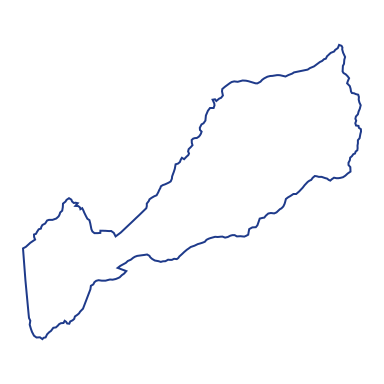 the district of João Lisboa, Maranhão, Brazil
{"feature_id": "56859067B36370220968900", "entity_name": "João Lisboa", "entity_type": "district", "adm_level": 2, "iso_a3": "BRA", "parent_name": "Brazil", "parent_adm1": "Maranhão", "projection": "mercator", "projection_center": [-47.137, -5.24], "detail": "fine", "context": "isolated", "style": "outline", "palette": "blue", "viewbox_px": 384, "rotation_deg": 0, "n_neighbors": 0, "source": "geoboundaries", "source_scale": "gbopen_adm2", "svg_char_len": 4433}
<svg xmlns="http://www.w3.org/2000/svg" viewBox="0 0 384 384"><path d="M200.9,133.7L199.9,135.4L198.8,136.7L196.8,138.0L194.9,138.1L193.2,138.6L191.7,140.0L191.8,142.8L192.5,145.2L190.6,147.3L188.7,149.1L188.1,151.4L189.0,153.5L188.3,155.1L186.7,156.5L184.1,159.2L181.9,157.8L180.8,159.6L179.9,162.0L178.0,163.6L175.6,164.3L174.8,168.8L173.7,172.2L173.0,174.0L172.1,176.5L171.9,178.7L170.7,181.4L168.8,182.6L166.9,183.5L164.9,184.4L162.8,185.1L160.9,186.3L160.3,188.1L159.2,190.1L158.2,192.4L156.6,195.3L154.2,196.3L151.6,197.8L149.5,199.3L148.8,201.0L146.8,203.6L146.8,206.1L146.3,208.2L139.0,215.3L135.9,218.2L133.2,220.8L120.7,232.6L115.6,236.4L113.8,232.9L111.2,231.0L109.4,231.1L105.2,230.8L100.4,230.7L100.3,232.9L98.1,233.1L94.4,233.1L92.4,231.5L91.4,229.2L90.3,223.6L89.4,220.1L87.4,218.8L86.0,216.2L84.2,212.5L83.3,210.3L82.2,208.2L80.4,209.2L80.0,207.5L78.3,206.1L75.4,205.9L77.7,203.2L75.5,202.7L73.8,203.0L72.1,201.5L71.3,199.6L69.0,198.2L66.5,199.9L65.5,201.6L63.0,203.6L62.8,207.2L62.2,210.7L60.2,212.5L59.5,214.7L58.6,216.4L56.3,218.5L52.4,219.9L48.9,219.9L47.1,220.5L45.2,223.5L42.4,225.0L41.3,226.9L40.9,228.6L38.7,229.3L37.0,231.9L36.0,233.8L34.0,234.5L34.1,237.0L35.1,239.6L33.4,240.7L30.3,242.8L29.0,244.0L25.8,246.9L23.0,248.4L25.4,280.0L28.1,308.8L28.7,315.1L29.0,318.0L30.3,320.7L29.7,324.7L30.9,328.8L32.0,331.9L32.9,333.6L34.0,335.7L36.5,337.5L39.9,337.3L42.4,339.1L43.6,337.8L45.6,337.4L47.1,334.3L49.2,332.2L51.0,330.9L53.3,327.8L55.9,327.4L57.8,325.7L59.1,324.2L60.9,323.2L63.5,323.0L64.7,320.8L66.1,321.8L67.2,323.5L69.3,323.7L70.2,321.5L72.6,320.3L74.2,318.9L74.9,316.5L77.5,314.7L79.1,313.3L80.0,311.8L81.6,310.1L83.0,308.7L90.4,289.3L90.9,285.8L93.3,284.4L94.4,282.2L96.2,280.8L98.6,280.2L102.0,280.7L105.4,280.7L108.0,280.0L110.0,279.5L112.6,279.7L115.8,279.0L118.0,278.1L119.7,277.3L121.8,275.2L124.1,273.6L126.3,271.1L117.7,267.9L120.3,265.9L123.2,264.3L125.8,262.9L127.8,261.0L130.8,259.7L133.3,257.7L135.0,256.7L137.2,255.9L141.5,255.3L143.9,255.0L147.1,254.5L149.4,255.8L150.3,257.3L152.1,258.9L154.8,260.5L158.6,261.2L160.8,261.9L162.9,261.3L165.4,261.2L168.1,259.7L170.0,259.9L171.8,259.9L174.1,258.8L176.8,259.1L178.3,258.0L179.3,256.5L182.1,254.0L184.2,252.0L186.9,249.7L188.4,248.7L190.7,247.0L194.5,245.7L197.8,244.1L200.3,243.4L202.5,242.7L204.8,241.8L206.5,239.8L208.7,238.7L210.4,238.1L215.1,236.8L217.8,237.0L220.5,236.7L222.4,236.6L225.1,237.6L227.8,237.0L230.3,235.7L232.5,235.1L234.6,235.1L236.9,236.4L240.4,236.2L244.3,236.6L246.2,235.8L248.2,234.7L248.7,231.8L249.2,229.1L252.3,227.4L255.8,227.2L257.4,225.3L258.7,221.6L259.7,218.6L262.5,217.9L264.3,217.6L265.9,215.6L268.3,213.5L270.9,213.0L274.2,213.4L276.5,212.4L279.9,209.2L281.4,208.4L283.3,206.5L284.6,203.8L285.3,201.4L285.9,199.0L288.1,197.3L290.4,196.0L293.4,194.0L296.2,194.0L297.7,192.7L299.2,191.4L300.7,189.8L302.7,187.7L304.6,185.2L307.7,181.9L309.4,180.7L311.2,179.9L312.7,177.8L314.8,176.0L316.9,176.3L318.9,176.9L321.7,176.9L325.2,178.1L327.1,178.6L328.7,179.9L330.3,180.6L331.7,179.3L334.0,177.7L336.5,178.2L338.3,178.2L340.3,177.9L343.0,177.2L345.3,175.7L347.7,173.5L350.5,171.6L350.4,169.0L350.3,167.1L348.5,165.0L348.5,162.7L349.8,160.3L350.2,157.6L351.9,156.2L353.3,154.2L355.0,153.5L355.7,151.5L357.3,150.3L357.6,148.2L357.5,145.6L357.9,143.3L357.9,140.2L359.6,138.2L360.4,133.8L361.0,131.6L360.9,129.2L358.9,127.8L358.5,125.9L356.0,125.5L355.3,123.2L356.2,120.7L355.4,118.8L355.9,116.5L357.9,114.3L358.6,111.5L359.8,108.8L360.7,105.2L359.4,102.5L358.7,99.6L358.9,97.0L358.2,94.7L355.8,94.1L354.1,93.3L351.9,93.0L351.0,91.5L350.6,88.8L349.8,86.1L347.1,83.3L347.8,81.2L349.1,78.2L347.6,76.2L345.7,74.3L343.6,73.1L342.6,71.5L342.9,65.9L344.0,63.8L344.3,59.7L345.1,57.0L343.1,52.7L342.2,49.4L342.4,47.4L341.5,45.8L339.1,44.9L337.8,48.1L335.2,49.9L334.1,51.5L330.7,52.9L327.1,56.2L325.8,58.7L324.0,59.2L322.2,60.9L319.9,62.0L314.0,66.4L309.9,68.1L307.7,69.6L294.0,72.4L292.2,73.6L288.5,75.0L285.5,76.5L282.5,75.8L279.9,75.2L277.2,75.1L272.3,75.9L270.2,76.0L267.4,76.7L264.3,78.3L262.2,79.8L260.5,81.7L257.3,83.4L255.5,83.3L248.4,81.2L246.0,80.7L242.6,80.5L237.7,81.8L234.2,81.4L231.7,82.0L229.9,83.1L224.9,86.8L222.3,89.0L222.0,91.3L222.9,95.5L221.1,97.8L219.2,98.6L216.3,101.0L215.0,99.3L212.6,99.7L214.3,103.5L214.5,105.4L213.6,108.0L210.0,108.0L207.9,110.8L205.9,115.5L205.4,120.6L203.5,123.3L201.5,124.4L199.8,127.8L200.0,130.0L201.6,131.6L200.9,133.7Z" fill="none" stroke="#1e3a8a" stroke-width="2"/></svg>